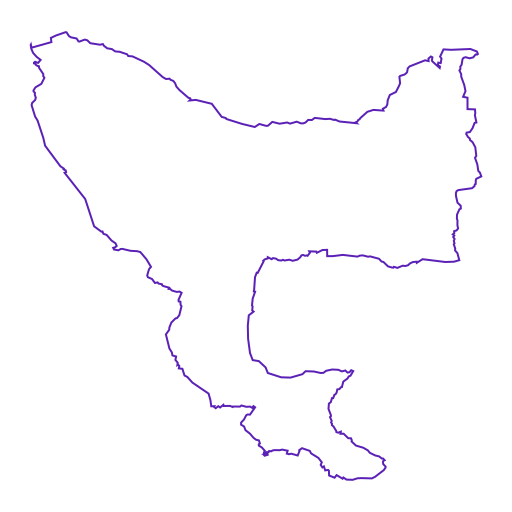 outline of Jocotepec, Jalisco, Mexico
{"feature_id": "50627088B19235204085767", "entity_name": "Jocotepec", "entity_type": "district", "adm_level": 2, "iso_a3": "MEX", "parent_name": "Mexico", "parent_adm1": "Jalisco", "projection": "albers", "projection_center": [-103.393, 20.289], "detail": "fine", "context": "isolated", "style": "outline", "palette": "violet", "viewbox_px": 512, "rotation_deg": 0, "n_neighbors": 0, "source": "geoboundaries", "source_scale": "gbopen_adm2", "svg_char_len": 5960}
<svg xmlns="http://www.w3.org/2000/svg" viewBox="0 0 512 512"><path d="M45.1,145.7L60.4,166.3L63.9,168.6L63.6,169.4L65.7,170.4L66.1,172.1L64.6,172.8L85.2,199.0L94.1,226.3L101.4,231.7L102.5,231.5L103.4,233.8L106.6,234.9L111.6,240.6L115.5,243.3L116.7,245.9L115.3,247.2L113.2,247.8L114.0,249.5L118.4,250.3L120.7,249.0L122.4,248.9L130.5,250.8L137.2,251.2L140.4,252.1L146.4,259.2L151.0,266.9L149.2,268.9L148.4,271.2L147.2,275.5L147.9,277.2L152.0,279.0L155.0,283.0L157.6,282.4L158.6,283.6L161.9,284.2L162.2,285.4L163.8,286.2L169.2,287.7L168.7,288.9L170.2,289.0L172.1,290.6L176.7,291.9L179.6,291.6L181.6,292.8L178.5,299.9L178.7,301.4L180.4,301.7L180.6,304.8L181.5,306.2L179.3,315.2L177.0,318.1L175.5,318.4L171.4,322.5L169.4,327.4L169.2,329.8L165.9,334.4L169.4,348.5L171.9,352.5L172.4,355.4L176.1,356.5L175.4,359.9L177.7,362.7L177.4,365.0L178.1,364.5L179.3,366.0L178.8,368.4L182.4,368.8L184.5,375.5L187.3,376.9L192.4,382.6L208.6,393.6L210.4,400.1L211.3,406.3L214.3,406.2L213.9,406.8L215.7,408.2L218.3,406.2L220.1,407.5L223.4,404.8L223.7,406.0L230.0,405.9L232.7,407.0L233.0,406.5L239.9,406.6L241.4,405.5L246.3,406.8L250.1,406.6L252.3,407.9L253.4,406.1L255.1,407.3L250.0,414.6L247.5,414.5L246.2,415.3L244.0,419.5L241.1,422.6L241.1,424.7L244.1,426.5L245.5,430.2L249.9,433.6L253.5,437.8L256.0,439.7L258.9,440.4L259.9,443.5L258.8,444.3L258.8,445.6L261.9,447.5L264.8,450.8L264.0,452.4L263.7,454.7L264.6,455.7L267.7,454.8L267.3,453.3L264.6,453.5L266.7,452.1L268.6,452.2L269.1,451.0L271.3,451.3L272.4,450.5L274.8,450.1L279.5,450.2L282.2,449.6L287.6,450.7L286.8,453.6L288.8,454.2L291.3,453.7L297.7,455.5L299.5,451.0L299.2,450.2L302.0,448.2L309.8,450.9L311.1,453.4L318.4,457.9L321.8,462.3L320.7,464.9L322.4,467.4L323.9,466.4L325.2,470.4L328.1,469.9L328.9,470.7L329.1,475.5L334.6,477.7L336.6,475.1L342.6,478.7L343.4,477.5L346.5,479.6L352.7,479.8L357.5,478.3L361.0,478.1L371.9,478.4L375.1,476.8L383.8,470.1L385.5,467.7L385.6,466.6L383.3,464.2L382.9,462.1L383.4,460.8L384.6,460.2L383.0,458.5L381.8,458.5L379.1,456.4L375.3,455.5L369.8,452.8L367.9,450.4L363.2,447.7L356.0,445.6L351.6,441.5L351.8,440.3L351.0,438.3L348.2,438.2L343.6,433.7L340.5,433.8L340.8,431.7L338.2,432.7L336.4,432.1L336.2,430.9L333.5,426.5L331.9,425.1L332.0,423.7L331.1,422.5L331.7,420.9L330.0,417.1L330.9,416.2L330.9,415.2L328.5,408.9L328.9,403.6L330.8,402.1L332.0,398.1L333.2,398.1L334.4,394.8L335.5,394.3L336.6,392.6L337.3,389.4L339.4,389.1L340.9,387.3L341.9,387.1L343.3,381.6L347.4,378.6L348.8,376.4L350.5,375.7L353.2,371.1L351.2,370.2L349.5,372.2L347.6,372.6L345.3,370.5L341.9,371.4L338.3,369.8L332.1,369.5L326.1,370.8L323.5,372.8L320.7,373.0L313.9,371.5L305.6,371.2L302.4,374.2L290.5,377.6L281.2,377.3L267.8,373.0L265.6,367.4L258.8,361.1L252.7,360.1L250.0,353.0L248.1,338.8L247.8,325.7L248.8,315.3L253.6,311.6L252.2,310.4L252.6,306.4L252.0,305.4L252.7,298.6L255.1,291.7L252.9,291.2L253.7,291.3L254.1,290.4L255.0,277.2L256.7,272.7L257.7,272.9L263.6,261.4L263.2,260.8L264.7,259.4L267.8,258.4L267.8,257.2L271.7,259.2L273.0,258.1L275.9,258.6L278.2,260.2L281.5,260.5L283.0,259.8L284.5,260.5L289.4,259.7L292.6,260.8L297.5,259.6L300.3,257.2L301.5,255.3L303.2,255.0L305.1,255.8L306.5,255.4L307.6,255.8L309.9,252.7L309.2,251.3L316.3,251.6L316.8,252.8L322.5,250.0L327.0,249.9L327.1,248.9L327.2,256.1L333.0,256.1L342.8,254.9L357.5,256.6L359.8,255.6L362.9,255.4L368.0,256.7L370.2,256.4L379.1,258.8L381.5,261.5L383.5,262.0L388.0,266.4L392.3,267.6L393.4,267.6L393.9,266.8L397.4,267.9L402.6,265.7L405.4,266.0L408.1,265.2L410.0,263.4L413.0,262.0L416.7,261.7L416.8,262.8L422.6,259.2L445.3,262.0L454.0,261.7L459.3,260.2L457.4,253.1L455.1,250.5L455.2,248.5L453.8,244.3L454.5,243.3L453.8,240.9L454.6,239.0L453.2,237.0L454.3,235.6L452.8,234.4L454.3,233.2L454.1,231.2L456.6,230.4L458.1,228.5L457.4,225.2L457.5,220.5L456.9,218.7L457.0,214.7L459.4,209.3L460.8,208.6L460.7,205.7L457.5,202.7L456.0,196.1L455.9,193.1L456.6,191.1L458.3,190.1L472.1,188.2L474.4,186.2L474.8,184.5L475.7,184.0L475.8,180.1L476.3,178.8L481.3,176.4L479.9,172.6L478.3,170.9L477.3,164.3L475.0,157.8L476.3,155.9L475.3,147.3L472.6,142.2L470.0,140.0L469.8,138.5L468.0,137.0L466.2,134.0L466.6,132.6L469.8,132.1L472.5,128.3L474.6,122.9L476.4,122.5L474.9,115.2L475.3,113.1L475.0,109.4L467.5,109.1L467.5,97.7L463.1,96.8L465.5,91.1L464.2,84.9L461.2,76.6L461.2,74.2L459.4,70.4L460.4,69.1L460.3,66.6L461.6,64.8L462.5,59.2L463.6,57.8L465.6,57.2L469.6,58.3L473.2,57.4L475.6,54.5L477.1,54.6L477.9,54.0L476.9,51.5L470.4,49.0L451.1,49.8L443.5,49.4L440.1,56.6L441.5,58.6L440.7,63.1L438.3,62.6L437.8,64.9L440.0,66.5L439.7,68.0L432.6,61.6L431.9,60.6L432.4,57.3L430.9,56.5L428.5,58.5L428.6,61.1L425.1,60.3L409.6,66.4L407.8,68.3L407.1,72.2L405.9,73.5L404.6,74.5L400.2,75.9L399.4,76.8L400.1,83.2L399.1,85.7L395.9,92.0L389.8,95.0L387.7,100.3L387.3,104.5L386.0,107.0L382.9,108.7L383.5,110.6L373.4,109.9L367.4,111.8L360.4,118.0L359.5,119.4L358.4,119.8L357.4,121.5L355.5,122.4L356.5,123.2L339.5,121.5L335.0,119.6L334.2,120.0L329.9,118.8L325.3,119.1L314.8,117.9L311.9,120.0L308.2,119.9L305.5,122.5L303.4,123.3L301.1,123.4L296.7,121.7L290.0,123.6L287.2,122.5L279.6,123.7L272.3,121.9L268.0,125.7L266.3,125.9L259.3,124.0L254.8,127.0L242.0,123.9L226.4,119.0L225.7,118.0L221.7,116.9L211.8,103.8L195.8,99.9L189.6,100.5L190.7,99.4L190.0,98.2L188.4,97.8L179.5,90.1L176.4,86.6L175.1,83.2L173.3,80.9L170.5,79.8L169.6,78.7L166.0,79.0L162.6,77.0L149.1,65.0L143.9,61.7L132.5,56.4L128.2,56.0L127.1,54.3L119.7,51.8L115.2,51.4L111.9,49.1L107.2,48.3L103.8,45.7L102.9,44.1L99.9,44.7L90.3,43.2L87.3,40.3L84.8,39.6L79.3,41.6L78.4,41.3L76.6,38.5L70.9,37.3L69.0,36.1L66.5,32.3L65.5,32.2L56.0,35.5L50.9,37.9L51.4,42.1L31.5,47.7L30.9,44.6L30.7,45.0L31.3,48.8L33.1,52.9L36.6,56.8L40.6,59.9L38.1,62.9L35.1,61.8L34.0,62.6L34.0,63.4L35.5,63.8L35.8,64.8L37.4,65.9L38.9,66.2L39.1,67.9L43.3,74.1L43.2,76.0L44.4,77.8L41.3,83.9L35.5,87.3L33.5,90.4L33.6,91.5L34.9,92.7L34.8,94.7L35.8,97.7L35.2,99.9L32.1,103.0L31.6,105.2L35.1,116.5L37.6,120.6L43.3,137.9L45.1,145.7Z" fill="none" stroke="#5b21b6" stroke-width="2"/></svg>